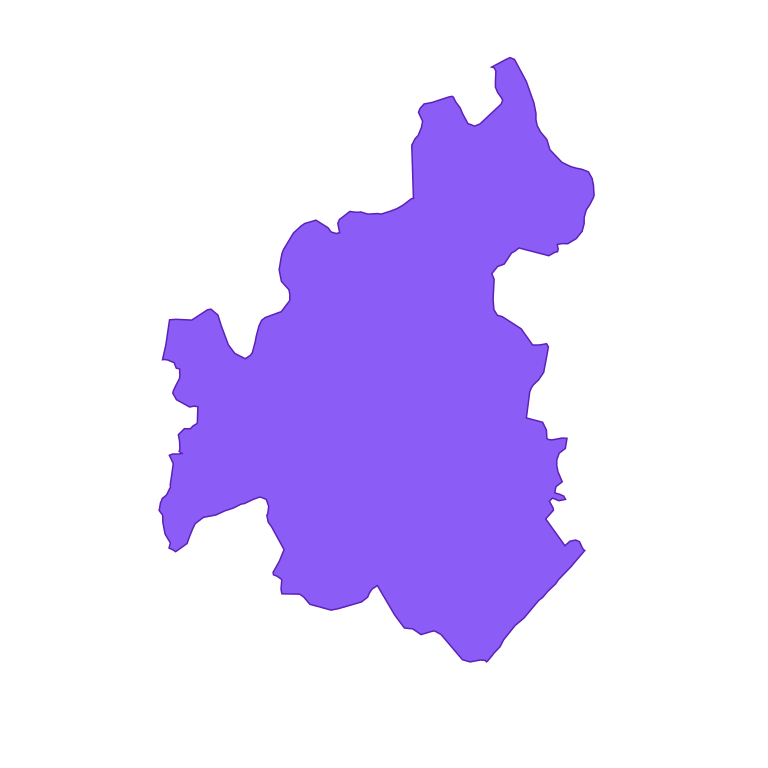 Abu Kabir, Ash Sharqiyah, Egypt (Robinson projection), rotated 348°
{"feature_id": "37247803B57835659409223", "entity_name": "Abu Kabir", "entity_type": "district", "adm_level": 2, "iso_a3": "EGY", "parent_name": "Egypt", "parent_adm1": "Ash Sharqiyah", "projection": "robinson", "projection_center": [31.698, 30.732], "detail": "fine", "context": "isolated", "style": "filled", "palette": "violet", "viewbox_px": 768, "rotation_deg": 348, "n_neighbors": 0, "source": "geoboundaries", "source_scale": "gbopen_adm2", "svg_char_len": 4438}
<svg xmlns="http://www.w3.org/2000/svg" viewBox="0 0 768 768"><g transform="rotate(348 384 384)"><path d="M426.5,677.1L427.7,676.5L433.6,671.9L434.8,670.7L443.0,665.0L447.8,659.1L462.0,647.5L472.6,641.8L478.3,637.3L484.4,632.5L490.3,627.9L495.0,625.6L500.9,621.0L510.3,615.2L513.9,611.7L515.6,610.6L529.2,601.4L533.1,598.3L545.8,588.6L544.6,587.4L543.5,583.8L543.1,581.7L542.5,579.0L541.6,578.3L539.1,576.5L533.2,576.4L527.4,579.8L514.1,549.6L518.5,546.4L523.5,542.7L523.6,540.3L521.4,533.0L524.9,530.7L527.2,532.0L530.7,534.5L535.3,534.6L537.6,534.6L536.8,532.0L536.5,531.0L533.1,528.5L530.8,527.3L528.5,526.0L529.8,522.4L531.0,520.1L538.0,516.7L535.9,505.9L536.0,502.3L536.0,499.9L537.3,494.0L540.5,488.9L540.9,488.1L543.3,487.0L548.0,484.7L550.7,477.8L551.7,475.2L547.1,473.9L543.6,473.8L540.1,473.7L536.6,473.6L533.1,472.4L532.0,471.1L533.3,462.8L531.2,454.4L519.6,448.5L516.2,446.8L521.6,431.5L524.9,422.0L527.3,418.4L529.7,416.1L533.2,413.8L534.1,413.3L536.1,412.1L539.1,409.2L542.7,405.7L543.7,403.2L545.1,399.8L545.8,398.3L552.5,382.0L551.7,379.2L551.4,378.4L549.1,378.3L544.5,378.2L537.5,376.8L534.4,369.5L531.8,363.6L530.8,361.2L529.8,358.7L513.8,342.8L509.2,340.3L507.0,334.2L507.4,330.7L508.1,325.5L508.4,323.5L512.2,309.3L513.5,304.5L512.4,298.5L518.2,293.8L519.5,292.7L526.5,291.7L536.0,282.4L539.6,281.3L544.3,279.0L571.9,292.8L578.9,290.6L581.2,290.7L582.4,288.3L582.5,283.5L587.2,283.7L593.0,285.0L595.7,284.0L602.4,281.7L603.4,280.8L609.5,275.9L613.1,268.8L614.4,262.8L618.0,255.8L622.8,251.1L627.6,245.2L628.8,242.9L629.5,237.7L630.2,233.4L630.3,226.2L628.1,219.0L622.4,215.2L619.6,214.0L616.6,212.7L612.0,210.2L608.6,207.7L604.0,204.0L595.0,189.4L594.1,178.6L589.6,170.2L587.5,162.9L587.6,157.0L588.9,151.0L589.1,140.3L586.1,117.5L579.1,93.6L575.1,90.9L570.4,92.0L555.2,96.4L557.5,97.6L558.5,101.2L556.0,110.7L554.7,116.7L555.8,122.7L558.0,127.5L559.1,131.1L556.7,134.6L531.9,149.6L526.1,150.6L523.5,148.7L522.6,148.1L520.3,146.9L517.1,136.0L516.0,130.0L512.7,122.8L511.6,118.0L510.5,116.8L507.0,116.7L489.5,118.6L484.9,118.5L481.4,118.4L476.6,121.9L474.2,125.4L475.3,130.2L476.4,135.0L473.9,140.9L469.1,148.0L465.6,150.3L460.8,156.2L456.1,182.4L451.6,207.3L451.5,208.5L449.2,208.5L439.8,213.0L432.8,215.2L425.8,216.3L416.5,217.2L413.0,215.9L403.7,214.5L401.4,213.3L399.1,212.0L396.8,210.8L394.5,210.7L389.9,209.4L386.4,208.1L379.5,211.5L374.6,213.8L372.2,217.3L372.1,224.5L372.0,226.9L370.9,226.8L370.0,226.8L368.5,226.8L363.9,224.3L361.7,219.5L355.7,213.7L351.5,209.6L348.0,209.9L339.8,210.5L335.4,212.4L331.9,214.5L326.9,217.4L317.4,227.6L313.8,231.4L311.4,235.0L308.9,240.9L305.2,250.4L305.0,262.3L307.6,266.9L310.6,272.0L310.5,276.8L309.2,282.7L299.7,290.9L298.5,292.0L297.4,292.0L281.6,294.3L277.5,296.3L273.9,301.0L269.1,310.4L266.6,316.4L261.8,325.8L259.4,328.1L253.5,330.4L244.4,323.0L239.9,313.3L236.9,292.9L235.9,282.1L230.3,274.8L226.8,274.7L213.4,279.9L209.2,281.5L197.1,278.3L194.1,277.5L189.8,276.9L187.6,276.6L182.0,291.6L178.9,300.0L172.4,314.2L173.9,314.3L177.4,315.5L180.8,318.0L183.1,319.3L184.1,325.3L186.4,326.5L187.3,326.9L186.3,331.3L186.3,332.5L185.1,336.1L180.3,341.9L176.7,346.6L175.5,349.0L177.7,356.2L189.1,366.1L193.7,366.2L197.2,367.5L193.4,382.9L192.2,384.1L188.7,385.2L185.2,387.5L179.4,386.2L172.3,390.8L172.1,397.9L170.8,405.1L169.6,407.4L171.9,409.9L168.4,409.8L162.6,408.5L159.2,409.1L161.3,418.0L157.5,428.7L153.9,438.2L153.8,440.5L152.6,441.7L149.0,446.4L147.8,447.6L143.2,449.9L141.9,452.2L140.8,453.4L138.4,459.5L137.7,460.8L140.2,466.3L138.9,473.5L138.7,483.1L138.7,485.4L142.0,495.1L139.6,499.8L143.0,502.3L145.3,504.7L153.2,501.3L158.2,499.1L161.8,493.2L166.6,486.1L168.9,483.1L170.2,481.4L172.5,480.3L179.6,476.9L184.2,477.0L192.4,477.2L201.7,475.0L208.4,474.3L211.0,474.0L219.2,471.8L222.7,471.9L232.0,469.7L239.0,468.7L241.3,470.0L243.8,471.7L244.8,472.4L245.8,479.6L243.3,486.7L242.1,487.9L242.0,495.1L244.2,499.9L251.8,525.2L247.0,532.3L244.6,535.8L236.3,545.2L236.3,546.6L236.2,547.6L239.7,550.0L243.1,553.7L243.1,554.9L240.6,563.2L240.5,566.8L240.5,568.0L245.6,569.2L257.8,572.0L261.2,575.7L265.7,584.1L285.3,594.2L288.8,594.2L292.2,594.3L302.2,593.6L316.7,592.5L323.7,589.1L326.1,585.6L327.3,584.4L329.7,582.1L335.6,579.8L346.5,612.4L353.2,626.9L357.7,628.4L361.2,629.5L368.1,636.8L379.7,635.9L382.0,636.0L384.6,638.2L387.7,640.9L403.4,670.0L410.3,673.7L411.6,673.8L420.8,674.0L425.4,675.3L426.5,677.1Z" fill="#8b5cf6" stroke="#5b21b6" stroke-width="1.5"/></g></svg>